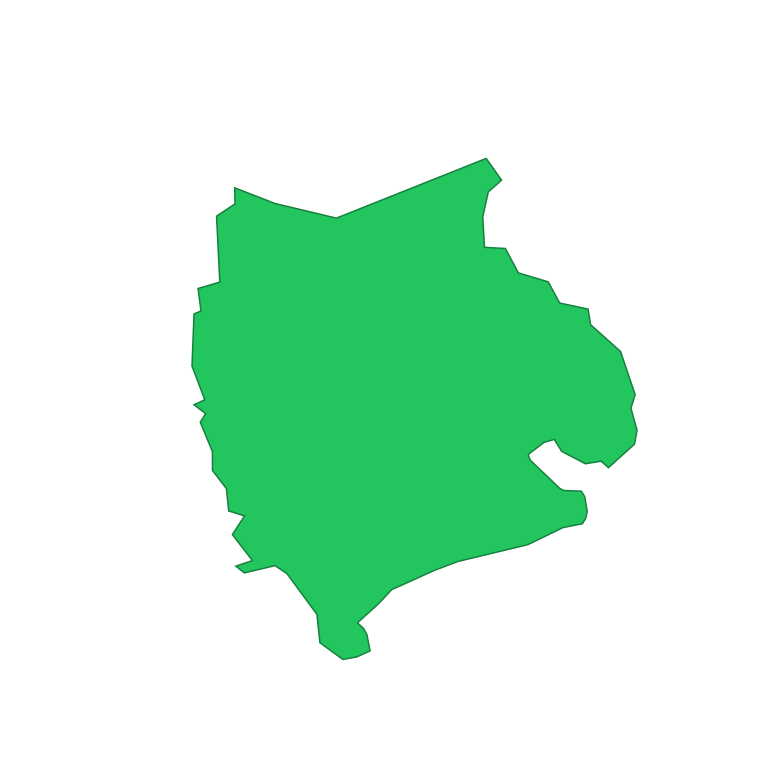 the district of McIntosh, Georgia, United States of America, rotated 41°
{"feature_id": "52423323B58673559392327", "entity_name": "McIntosh", "entity_type": "district", "adm_level": 2, "iso_a3": "USA", "parent_name": "United States of America", "parent_adm1": "Georgia", "projection": "orthographic", "projection_center": [-81.368, 31.496], "detail": "fine", "context": "isolated", "style": "filled", "palette": "green", "viewbox_px": 768, "rotation_deg": 41, "n_neighbors": 0, "source": "geoboundaries", "source_scale": "gbopen_adm2", "svg_char_len": 1034}
<svg xmlns="http://www.w3.org/2000/svg" viewBox="0 0 768 768"><g transform="rotate(41 384 384)"><path d="M142.6,333.9L153.4,345.8L147.5,367.2L193.2,414.8L181.0,433.9L198.0,449.0L194.6,455.7L227.3,496.4L259.1,513.5L254.2,524.3L268.8,523.4L270.4,533.4L298.9,547.6L311.3,561.8L333.6,566.3L350.1,581.7L365.3,575.1L368.3,597.1L400.5,603.6L391.7,618.7L402.5,618.2L420.9,592.6L435.1,590.8L484.6,601.9L505.4,621.3L533.6,618.9L542.5,607.9L548.6,594.5L535.4,584.3L529.0,581.9L520.6,581.6L524.1,552.9L524.7,534.2L544.7,490.8L556.3,469.4L598.1,410.6L613.2,375.1L625.4,359.3L624.4,353.1L621.1,347.0L609.7,337.5L603.3,335.4L589.4,346.5L585.0,347.5L544.4,345.5L539.8,343.3L539.3,341.4L543.1,323.1L548.9,314.1L562.3,318.3L588.3,312.1L598.5,299.8L608.3,299.9L612.5,264.9L605.4,253.0L586.2,240.2L580.6,227.3L541.2,204.3L501.0,203.7L488.9,193.6L463.5,207.6L440.9,199.2L412.5,212.0L386.7,202.1L370.2,214.9L348.9,193.1L336.7,170.6L339.0,153.0L313.1,146.7L239.2,290.1L183.3,319.3L142.6,333.9Z" fill="#22c55e" stroke="#15803d" stroke-width="1.5"/></g></svg>